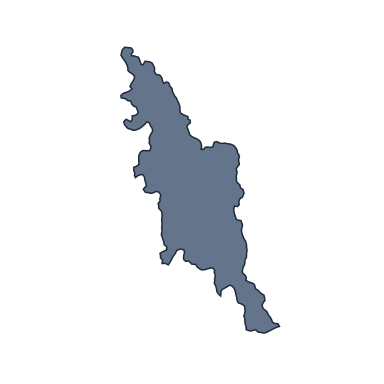 outline of Vargem Alta, Espírito Santo, Brazil, rotated 333°
{"feature_id": "56859067B87559017000874", "entity_name": "Vargem Alta", "entity_type": "district", "adm_level": 2, "iso_a3": "BRA", "parent_name": "Brazil", "parent_adm1": "Espírito Santo", "projection": "natural_earth1", "projection_center": [-41.009, -20.648], "detail": "fine", "context": "isolated", "style": "filled", "palette": "slate", "viewbox_px": 384, "rotation_deg": 333, "n_neighbors": 0, "source": "geoboundaries", "source_scale": "gbopen_adm2", "svg_char_len": 4358}
<svg xmlns="http://www.w3.org/2000/svg" viewBox="0 0 384 384"><g transform="rotate(333 192 192)"><path d="M203.8,38.6L203.1,35.9L200.4,34.2L197.7,32.5L194.4,33.6L192.4,36.0L190.8,37.8L191.1,42.0L191.7,45.1L191.8,47.7L191.6,50.4L191.1,52.7L190.1,54.4L190.6,56.5L192.4,59.6L193.4,62.7L192.0,64.8L189.8,66.4L187.0,67.9L184.7,69.8L185.3,72.8L183.4,73.4L181.0,73.6L178.9,73.4L176.8,72.9L174.6,73.1L172.5,73.7L171.6,75.9L173.2,77.1L175.1,78.8L176.4,81.7L178.7,83.0L178.2,86.2L179.1,89.2L180.7,90.8L180.6,93.6L180.1,96.8L177.9,97.9L175.6,97.8L173.3,97.0L171.9,100.0L169.4,101.6L167.9,99.5L166.3,97.3L163.0,98.5L162.5,101.5L163.1,104.4L163.9,106.7L165.8,107.8L167.0,109.9L168.9,111.0L171.2,111.4L173.7,111.6L175.8,111.4L177.9,110.9L180.7,110.3L183.6,109.0L185.4,111.1L185.1,114.2L185.4,117.1L184.8,119.4L183.3,120.9L181.6,121.6L179.9,123.1L178.3,124.5L177.5,126.8L176.0,129.0L176.2,131.4L175.5,134.0L173.1,135.9L171.2,135.1L169.1,133.9L167.0,132.7L164.5,133.0L162.8,133.9L160.8,135.9L159.2,139.2L158.1,141.2L157.3,143.4L153.9,143.9L151.4,143.5L149.9,146.4L149.5,149.5L148.2,151.2L148.2,153.6L150.7,152.9L153.6,153.1L156.1,154.2L156.4,156.9L155.3,160.5L154.7,163.9L153.9,166.2L152.1,166.4L149.8,167.5L150.4,171.3L152.6,172.5L154.5,174.4L157.3,175.2L159.9,175.1L162.4,176.9L162.8,180.0L161.9,181.8L160.4,183.1L159.4,185.6L156.7,186.7L156.1,189.1L155.0,191.2L155.6,193.5L156.1,195.9L154.6,199.5L153.1,201.8L151.8,204.1L151.1,206.3L149.7,208.6L148.4,210.7L147.9,212.9L146.4,214.6L145.3,216.1L144.9,219.2L144.2,223.4L143.3,226.4L144.6,229.4L143.2,232.0L140.5,231.9L138.7,231.9L135.6,232.2L135.0,234.6L134.0,236.4L135.0,239.1L132.8,242.1L135.7,243.4L137.8,246.2L140.5,244.7L143.3,242.7L146.1,240.8L149.3,239.1L151.8,237.2L154.0,237.3L155.8,237.6L158.4,239.7L158.0,242.3L156.3,244.2L154.8,246.3L154.0,248.4L154.9,250.9L157.9,252.1L158.9,256.0L161.0,257.4L162.5,258.4L162.5,261.0L163.7,263.7L165.5,266.0L168.2,267.1L170.1,267.3L171.9,267.7L174.0,268.1L176.2,269.4L176.7,272.2L175.3,273.4L175.3,275.5L174.2,278.1L172.7,279.7L171.8,281.6L170.4,283.7L170.5,286.5L169.9,289.4L168.9,292.1L169.4,295.3L170.3,297.7L171.7,295.6L172.9,293.5L174.8,292.5L176.8,292.5L179.2,292.4L181.5,292.2L183.4,292.2L184.9,293.8L185.6,296.0L185.8,298.4L185.3,300.6L184.7,302.9L183.9,306.5L182.9,309.1L182.9,311.8L185.6,314.6L187.0,317.2L186.2,319.6L185.4,321.9L183.6,324.4L181.9,325.9L181.8,328.3L180.8,330.3L179.5,333.5L179.0,336.8L177.8,339.4L179.4,340.9L180.7,342.3L182.9,342.9L186.2,343.6L187.1,346.6L189.6,348.4L191.7,350.1L193.9,350.9L200.7,350.9L203.3,350.9L205.8,350.9L208.9,351.5L208.7,348.3L206.0,346.7L204.6,344.4L205.0,341.2L204.8,338.7L204.2,335.8L204.5,333.3L203.8,330.9L202.4,328.3L203.1,324.6L205.3,322.9L207.7,321.8L208.7,319.0L209.3,316.6L207.5,313.7L206.3,310.0L204.7,306.9L205.2,304.7L205.6,302.6L204.1,300.2L201.6,297.9L199.9,295.1L201.6,292.9L201.6,290.3L200.2,287.2L201.3,284.8L202.7,283.0L204.4,281.6L206.4,280.0L208.4,276.6L210.7,275.1L212.1,272.7L213.3,270.6L214.6,268.9L215.4,266.4L216.6,263.8L217.4,260.5L217.1,256.5L217.5,253.0L218.1,250.1L219.0,247.8L220.6,246.2L222.1,244.2L222.3,241.8L222.7,239.7L220.7,238.4L219.1,236.5L219.6,233.0L219.9,230.9L220.4,228.9L221.3,226.3L223.5,223.9L226.1,225.7L228.4,224.6L229.4,221.8L230.7,220.4L232.4,219.6L234.3,219.7L235.7,218.5L237.8,216.7L238.6,213.0L237.1,210.4L237.8,207.4L237.1,205.2L236.4,203.1L237.5,200.6L238.8,197.7L240.1,196.3L241.3,194.6L241.5,192.0L243.7,190.3L246.7,189.0L247.6,186.0L248.7,183.5L250.3,182.1L250.6,179.7L250.4,177.5L251.1,175.4L251.2,173.3L250.4,169.8L249.1,168.0L247.8,166.6L245.9,165.4L243.4,163.3L241.2,162.6L239.1,161.3L237.4,158.7L234.6,157.7L232.9,159.2L231.2,161.1L228.6,160.7L226.3,158.9L223.8,158.2L221.8,159.3L219.5,158.0L220.9,156.5L221.7,154.6L222.2,152.4L222.0,149.6L220.2,146.5L218.6,144.6L217.2,142.9L216.1,140.4L216.7,135.1L217.2,131.2L219.4,130.1L221.9,129.6L222.9,127.0L221.5,125.1L222.6,123.0L221.1,121.2L219.0,118.7L217.6,116.2L218.5,113.3L219.9,110.8L220.4,107.6L220.6,104.6L220.7,101.0L220.1,98.2L220.2,95.7L220.2,93.4L221.2,90.9L220.4,87.4L220.8,84.0L219.0,82.2L216.4,82.7L216.1,80.1L217.0,76.3L216.3,73.1L213.5,71.1L213.1,67.5L214.7,65.3L215.2,62.2L215.0,59.1L213.8,57.3L212.1,55.8L209.5,54.2L206.4,56.3L204.6,55.3L205.0,52.4L205.3,50.0L205.5,47.7L204.0,46.3L202.1,44.3L199.8,43.3L200.7,41.4L202.7,40.7L203.8,38.6Z" fill="#64748b" stroke="#1e293b" stroke-width="1.5"/></g></svg>